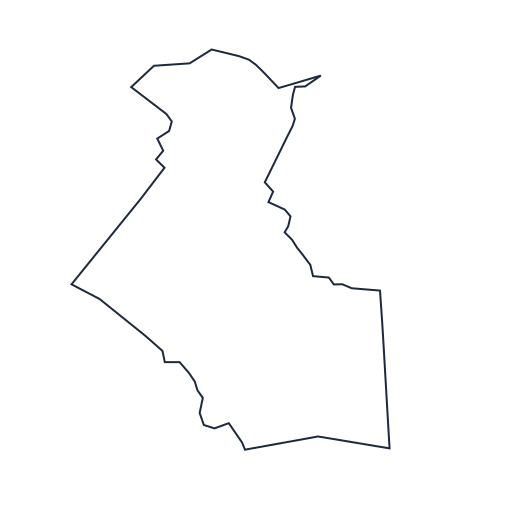 Riacho de Santana, Rio Grande do Norte, Brazil, rotated 283°
{"feature_id": "56859067B80998934424853", "entity_name": "Riacho de Santana", "entity_type": "district", "adm_level": 2, "iso_a3": "BRA", "parent_name": "Brazil", "parent_adm1": "Rio Grande do Norte", "projection": "robinson", "projection_center": [-38.322, -6.281], "detail": "fine", "context": "isolated", "style": "outline", "palette": "slate", "viewbox_px": 512, "rotation_deg": 283, "n_neighbors": 0, "source": "geoboundaries", "source_scale": "gbopen_adm2", "svg_char_len": 923}
<svg xmlns="http://www.w3.org/2000/svg" viewBox="0 0 512 512"><g transform="rotate(283 256 256)"><path d="M186.9,82.6L178.9,113.3L153.1,166.6L142.5,186.2L132.1,191.0L135.4,205.4L127.1,216.8L119.9,224.6L112.0,229.1L105.8,236.1L90.4,236.4L79.6,243.2L78.7,254.3L87.0,267.1L71.0,284.5L64.8,288.8L94.1,357.0L98.6,429.4L198.0,400.3L211.9,396.2L221.0,393.5L250.2,384.6L246.1,356.5L247.9,346.4L245.8,338.3L251.4,331.8L249.2,316.1L259.6,310.9L268.2,300.6L273.2,294.3L279.9,287.5L285.5,278.6L292.2,280.7L302.4,280.7L307.7,273.6L311.3,256.0L322.6,258.2L329.8,248.0L379.0,259.5L391.3,262.5L398.5,263.0L408.3,256.8L421.4,255.7L429.6,256.0L432.3,265.8L446.4,278.6L424.7,240.2L435.9,223.3L442.4,212.7L445.7,204.9L446.9,194.8L447.2,166.3L428.8,148.0L418.4,113.8L392.5,96.4L374.1,136.9L368.1,143.7L358.3,143.2L348.2,133.4L337.7,141.9L327.6,136.9L321.4,147.0L285.5,130.7L186.9,82.6Z" fill="none" stroke="#1e293b" stroke-width="2"/></g></svg>